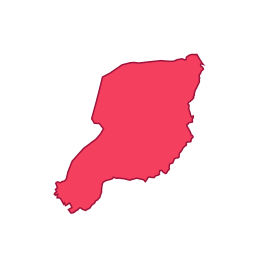 Huiloapan de Cuauhtémoc, Veracruz, Mexico (Mercator projection), rotated 151°
{"feature_id": "50627088B60002798867567", "entity_name": "Huiloapan de Cuauhtémoc", "entity_type": "district", "adm_level": 2, "iso_a3": "MEX", "parent_name": "Mexico", "parent_adm1": "Veracruz", "projection": "mercator", "projection_center": [-97.133, 18.816], "detail": "fine", "context": "isolated", "style": "filled", "palette": "rose", "viewbox_px": 256, "rotation_deg": 151, "n_neighbors": 0, "source": "geoboundaries", "source_scale": "gbopen_adm2", "svg_char_len": 5047}
<svg xmlns="http://www.w3.org/2000/svg" viewBox="0 0 256 256"><g transform="rotate(151 128 128)"><path d="M125.6,184.9L130.3,179.8L138.9,170.6L140.1,169.4L142.6,166.7L146.8,162.4L155.3,153.7L155.1,149.5L155.1,148.5L150.9,145.8L150.1,140.8L149.8,139.2L153.2,137.2L154.8,136.2L161.2,133.8L164.0,133.4L165.9,133.2L167.4,133.0L169.0,132.7L169.7,132.6L172.0,132.3L174.3,132.0L176.6,131.7L180.0,130.5L183.9,129.2L186.4,128.3L190.1,127.0L192.8,126.1L201.6,118.9L206.6,113.4L208.3,112.6L210.0,112.5L211.3,113.1L213.8,112.9L214.9,114.1L215.8,115.1L217.9,114.8L218.1,113.6L218.3,112.3L218.4,112.2L218.8,109.7L221.2,109.5L221.3,106.8L223.7,106.5L223.8,106.4L224.1,106.1L224.6,105.7L224.5,105.4L224.3,105.2L224.1,105.0L224.0,104.5L223.6,104.7L223.0,104.2L222.5,104.1L222.2,104.1L221.8,104.1L223.3,102.1L223.9,101.3L223.9,101.2L223.5,101.0L222.3,100.6L222.0,100.4L221.7,99.7L221.2,98.9L221.2,96.3L221.2,96.2L221.2,95.6L221.2,92.7L220.1,93.4L220.1,93.0L220.2,91.0L220.3,90.4L220.1,90.4L217.9,90.5L217.3,90.6L215.6,90.8L215.3,87.9L215.3,87.6L215.3,87.3L215.7,85.7L217.5,85.6L219.7,85.5L219.4,83.5L219.1,81.2L216.9,80.4L215.8,80.8L215.5,80.4L215.0,80.6L214.5,80.6L214.3,80.6L214.1,80.7L213.8,80.9L213.5,80.9L213.1,80.8L212.9,80.8L212.7,80.9L212.5,81.0L212.2,80.9L211.8,80.7L211.6,80.7L211.5,80.8L211.3,80.9L211.0,81.1L210.7,81.2L210.3,81.3L209.9,81.4L209.6,81.5L209.3,81.5L209.0,81.5L208.7,81.4L208.4,81.2L208.1,81.0L207.9,80.7L207.7,80.2L207.7,79.9L207.6,79.6L207.4,79.3L207.2,79.1L207.0,78.9L206.9,78.6L206.5,78.0L206.2,77.9L205.8,77.4L205.5,76.9L205.2,76.6L204.8,76.5L204.2,76.5L203.3,76.6L202.7,76.6L201.8,76.5L200.2,76.5L199.7,76.7L199.0,77.1L198.1,77.6L197.2,78.0L196.7,78.2L196.2,78.3L195.2,78.3L194.4,78.4L193.4,78.7L193.1,78.9L192.8,79.1L192.6,79.2L192.3,79.7L191.9,79.9L191.2,79.9L189.8,79.9L189.3,80.0L188.7,80.2L187.9,80.6L187.4,80.6L186.9,80.8L186.6,80.9L186.3,81.0L186.0,81.3L185.4,82.0L184.9,82.4L184.3,82.9L183.9,83.3L183.1,84.0L182.2,84.8L181.1,86.8L179.5,89.1L179.1,89.7L178.2,90.8L177.5,91.5L176.7,92.3L175.3,92.7L173.0,92.7L171.1,92.3L168.0,91.5L166.1,91.3L165.4,91.7L164.8,92.1L162.5,89.7L161.1,89.0L159.7,88.3L158.1,86.9L156.5,86.0L155.6,85.1L154.3,84.0L153.0,82.7L151.5,81.4L149.8,81.2L148.0,80.7L144.7,79.9L142.6,78.0L139.4,75.2L138.9,72.7L138.4,72.9L137.1,73.5L134.1,75.1L133.0,74.8L131.2,73.2L129.1,72.0L127.3,72.7L126.3,72.7L124.3,72.1L123.0,72.3L121.7,74.4L120.6,75.3L119.5,74.9L119.0,74.1L118.8,72.8L117.3,70.0L116.3,69.9L114.0,71.2L111.8,72.0L110.6,74.6L110.1,75.2L109.6,75.7L108.4,76.4L106.7,75.8L105.6,75.9L102.4,78.5L100.5,78.4L98.5,77.6L97.5,77.8L96.7,79.1L95.9,80.3L94.9,81.2L93.7,81.5L93.1,81.7L91.8,82.4L91.4,82.6L89.6,83.8L88.6,84.2L87.7,84.4L86.5,84.6L85.4,84.7L84.9,85.1L84.5,86.4L84.0,86.9L83.1,86.9L82.3,86.8L80.6,85.8L79.7,85.7L79.1,86.1L78.7,87.2L77.2,88.0L75.5,88.5L75.3,90.1L75.8,91.2L76.1,91.7L75.8,92.6L75.5,93.7L75.4,97.8L75.5,100.8L75.3,101.8L75.1,102.1L74.9,102.3L74.7,102.4L74.0,102.2L73.9,102.2L73.8,102.4L73.5,102.7L73.2,102.8L72.8,102.8L72.4,103.0L71.9,103.0L71.3,102.8L71.1,102.7L69.9,102.4L69.1,102.1L68.8,102.0L68.1,103.3L67.6,104.4L66.8,104.9L65.8,105.7L65.5,105.9L65.3,106.4L65.2,107.0L66.1,106.9L66.4,106.9L66.7,107.0L66.8,107.0L67.1,107.3L67.1,107.9L67.0,108.7L66.8,109.5L66.7,109.8L66.5,110.6L66.3,111.5L66.1,112.4L66.0,113.5L65.8,114.3L65.5,115.1L65.2,115.8L64.9,116.4L64.4,117.1L63.9,117.8L63.6,118.2L63.5,118.4L63.6,118.6L63.8,118.8L63.8,119.1L63.9,119.5L63.9,119.9L63.7,120.4L62.8,120.9L62.5,121.0L62.1,121.1L61.3,121.1L60.5,121.2L59.8,121.4L59.4,121.5L59.1,121.6L58.7,121.7L58.3,121.7L57.9,121.7L57.6,121.9L57.3,122.1L56.9,122.2L56.4,122.3L56.3,122.7L55.9,122.8L55.7,123.0L55.6,123.3L55.6,123.7L55.0,124.0L54.6,124.2L54.5,124.5L54.2,124.7L53.9,124.8L53.7,125.2L53.5,125.5L53.4,125.9L53.3,126.3L53.0,126.5L52.5,126.8L52.3,127.0L51.8,127.5L51.3,128.2L50.6,128.8L49.6,129.2L48.5,129.9L46.7,131.3L46.1,131.6L45.9,131.7L45.0,132.6L43.8,133.2L43.4,133.7L42.9,134.2L42.5,135.2L41.8,136.5L41.2,136.8L41.3,137.1L41.2,137.3L40.9,137.6L40.8,138.0L40.8,138.6L40.8,138.8L40.6,139.0L40.3,139.2L40.0,139.6L39.8,140.1L39.2,140.0L38.9,140.3L38.6,140.5L37.8,140.8L37.1,141.5L36.8,141.8L36.5,142.0L36.2,142.2L35.8,142.3L35.4,142.4L35.0,142.5L34.7,142.5L34.3,142.6L33.9,142.7L33.6,142.9L33.4,143.2L33.4,143.6L33.4,144.0L33.4,144.4L33.4,144.8L33.5,145.2L33.6,145.5L33.9,145.8L34.0,146.2L34.1,146.5L34.2,146.9L34.2,147.3L34.1,147.7L33.9,148.0L33.8,148.4L33.4,148.6L33.1,148.6L32.7,148.6L32.4,148.4L32.1,148.1L31.9,147.8L31.7,147.5L31.4,147.2L31.7,148.4L31.7,149.6L31.7,150.0L31.8,150.5L32.0,153.5L32.1,159.0L32.9,159.0L33.3,159.4L33.7,159.8L34.1,160.0L35.1,160.6L35.7,160.9L37.1,161.6L38.0,161.7L39.8,162.0L41.8,161.7L42.6,161.6L44.2,159.6L45.3,160.0L45.6,160.4L47.1,162.3L47.9,162.6L48.7,162.8L50.4,163.4L51.7,163.9L55.0,164.2L55.7,164.2L57.2,165.0L57.3,165.1L60.0,166.6L61.2,167.4L61.6,167.6L64.8,169.8L66.4,170.9L68.6,171.8L77.0,175.4L85.0,178.7L87.5,179.8L91.0,182.4L92.8,183.2L94.5,184.0L102.5,186.1L116.1,184.8L117.3,184.7L125.4,184.9L125.6,184.9Z" fill="#f43f5e" stroke="#9f1239" stroke-width="1.5"/></g></svg>